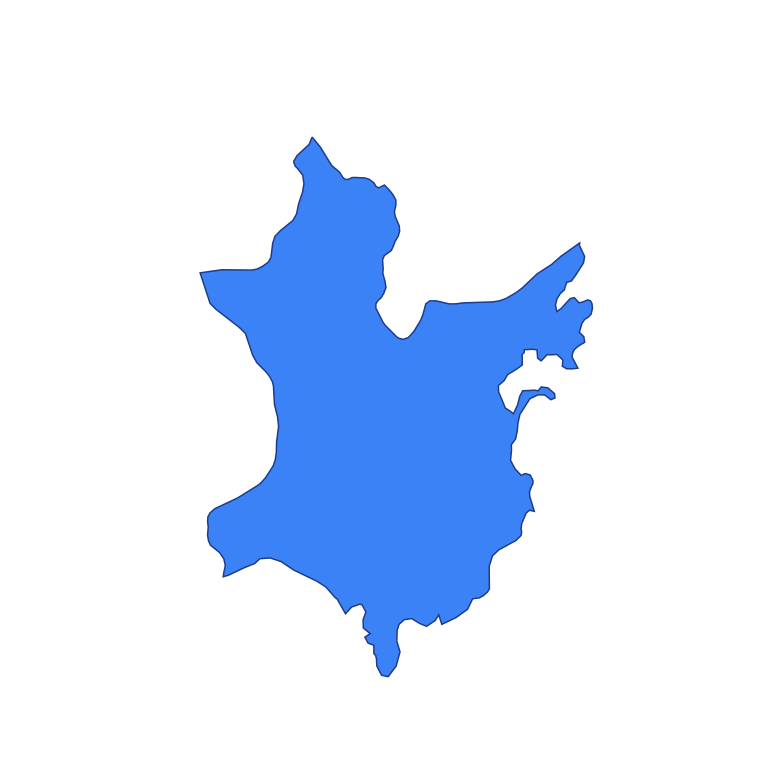 an SVG outline of Fukuoka, rotated 146°
{"feature_id": "JPN-1829", "entity_name": "Fukuoka", "entity_type": "Prefecture", "adm_level": 1, "iso_a3": "JPN", "parent_name": "Japan", "parent_adm1": "", "projection": "albers", "projection_center": [130.552, 33.473], "detail": "fine", "context": "isolated", "style": "filled", "palette": "blue", "viewbox_px": 768, "rotation_deg": 146, "n_neighbors": 0, "source": "natural_earth", "source_scale": "10m", "svg_char_len": 3483}
<svg xmlns="http://www.w3.org/2000/svg" viewBox="0 0 768 768"><g transform="rotate(146 384 384)"><path d="M142.9,391.5L144.5,389.7L146.4,377.5L150.9,372.8L163.6,367.3L171.0,364.6L175.7,366.1L180.2,362.6L181.8,361.2L187.2,360.4L192.8,358.0L197.6,353.7L200.2,347.4L195.1,347.5L181.9,350.7L177.9,349.1L177.0,342.3L173.3,340.8L168.3,339.9L166.3,337.5L166.7,334.1L169.0,330.0L173.4,326.0L177.6,325.2L181.7,325.3L185.9,323.6L193.1,317.7L191.9,311.5L194.3,306.3L198.9,306.7L203.6,306.6L207.2,306.0L210.1,304.3L213.0,301.3L214.4,288.7L219.6,291.4L224.2,294.6L226.2,299.1L222.3,303.8L224.0,311.7L229.8,315.2L232.3,317.1L240.8,315.3L242.2,319.4L238.1,326.8L241.3,329.7L246.3,332.6L248.3,334.0L250.4,331.6L253.0,331.3L254.6,328.6L258.7,322.5L264.9,322.2L276.4,322.6L282.6,319.6L290.0,318.8L293.5,313.2L294.8,305.9L296.9,296.2L295.1,292.3L293.3,286.9L285.2,291.8L277.9,298.2L272.7,300.8L267.4,297.5L262.7,294.8L260.1,292.2L255.3,293.6L250.3,289.2L248.0,280.6L250.1,276.8L254.5,277.7L256.9,285.1L262.4,288.9L271.3,290.2L288.2,282.9L294.7,276.8L300.1,270.2L305.7,264.8L312.3,262.5L315.4,257.7L321.8,249.9L322.8,240.3L321.4,231.7L316.9,230.7L313.7,226.9L314.4,220.8L316.3,218.1L319.5,216.3L323.7,213.2L326.0,209.4L330.6,194.4L334.0,198.0L338.3,197.5L347.8,191.3L351.3,187.4L352.7,184.2L355.1,181.8L361.9,180.5L381.4,182.3L390.1,180.9L398.7,174.1L411.2,155.2L414.5,153.7L419.8,153.0L424.7,153.4L430.6,156.4L440.7,150.5L454.9,150.1L470.5,152.4L467.7,162.0L473.7,159.3L484.2,159.3L488.2,165.3L492.2,174.0L498.9,177.3L505.8,176.4L510.9,172.4L517.2,163.6L520.5,153.0L531.6,143.4L544.2,139.0L548.9,143.9L547.6,154.4L543.9,160.4L542.8,163.5L543.1,166.3L538.5,173.0L542.1,178.2L541.4,184.8L535.1,184.8L536.5,189.6L537.6,193.3L535.0,197.4L533.1,200.3L526.5,205.1L525.8,211.6L525.7,213.5L527.5,215.1L535.6,217.2L544.4,215.0L543.1,231.6L544.1,235.3L545.7,248.2L549.9,258.0L562.8,280.1L568.6,294.3L575.6,303.4L584.6,308.6L591.6,307.5L602.3,309.8L620.0,312.5L625.1,314.1L622.7,316.8L617.4,321.9L616.3,324.1L614.5,328.8L614.6,336.2L618.0,347.6L617.1,352.3L614.7,357.5L609.7,363.7L607.3,368.4L604.2,372.4L600.1,374.5L593.8,375.2L568.9,371.4L544.0,370.5L540.2,371.1L534.2,372.7L521.8,378.0L516.6,381.9L511.5,387.5L505.4,396.1L495.1,407.8L490.5,416.5L486.4,428.0L476.7,444.3L475.5,447.5L475.0,450.4L474.7,454.5L474.9,459.0L477.5,472.9L476.7,481.5L470.6,503.4L472.5,512.5L481.5,539.8L483.1,548.1L474.3,579.0L454.4,569.3L430.1,552.5L424.8,550.2L418.6,549.5L412.0,549.7L407.0,552.1L397.4,563.1L391.6,567.5L384.0,569.1L368.2,570.5L361.5,573.8L354.3,580.9L344.1,588.7L338.4,594.8L334.6,602.5L335.2,611.3L335.8,614.4L334.8,618.1L334.2,619.2L328.3,622.0L312.1,624.5L305.5,628.9L305.5,629.0L304.3,615.8L305.2,594.2L302.4,584.6L302.6,578.3L302.0,575.8L299.6,573.8L297.4,573.3L295.2,573.1L293.5,572.1L284.8,565.7L281.9,562.2L279.9,556.5L280.1,552.2L278.8,549.6L272.4,548.7L271.1,541.3L270.7,536.2L271.3,529.9L274.2,525.5L277.8,522.3L279.6,520.0L281.1,516.2L283.0,506.4L285.7,501.8L289.7,498.5L295.2,496.0L299.4,492.9L303.3,490.6L311.9,490.3L315.7,487.8L320.5,479.6L323.0,476.6L325.9,468.2L328.4,462.9L333.3,459.4L338.2,457.1L342.3,456.6L345.9,455.0L348.3,451.5L350.3,435.7L350.2,432.1L347.1,416.0L346.1,413.6L343.1,410.3L337.9,408.9L329.7,410.9L317.9,416.4L313.0,419.7L304.5,427.1L299.5,427.3L294.0,423.5L285.2,414.0L279.5,410.2L273.2,407.1L248.0,391.3L241.9,388.4L235.2,386.7L223.6,385.9L215.8,386.3L195.6,389.7L178.1,389.4L165.5,391.0L143.0,391.5L142.9,391.5Z" fill="#3b82f6" stroke="#1e3a8a" stroke-width="1.5"/></g></svg>